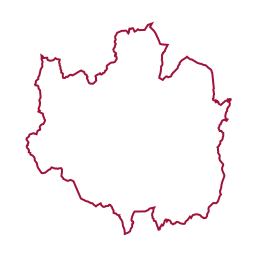 Tu Mo Rong, Kon Tum, Vietnam (Equal Earth projection), rotated 184°
{"feature_id": "81297802B16541954250717", "entity_name": "Tu Mo Rong", "entity_type": "district", "adm_level": 2, "iso_a3": "VNM", "parent_name": "Vietnam", "parent_adm1": "Kon Tum", "projection": "equal_earth", "projection_center": [107.945, 14.888], "detail": "fine", "context": "isolated", "style": "outline", "palette": "rose", "viewbox_px": 256, "rotation_deg": 184, "n_neighbors": 0, "source": "geoboundaries", "source_scale": "gbopen_adm2", "svg_char_len": 5778}
<svg xmlns="http://www.w3.org/2000/svg" viewBox="0 0 256 256"><g transform="rotate(184 128 128)"><path d="M30.6,68.2L31.6,69.7L31.5,70.5L31.9,71.6L31.3,73.0L30.8,75.6L30.8,77.5L30.1,81.3L28.6,86.3L28.5,87.2L29.1,88.7L31.0,92.4L31.3,93.5L31.3,95.0L30.4,97.8L30.6,98.7L31.5,99.4L34.1,102.2L34.5,103.6L34.9,104.2L34.5,105.2L34.7,107.3L35.6,108.3L36.4,109.6L36.3,111.1L36.8,112.4L36.7,113.6L37.4,115.0L36.0,116.4L36.0,117.1L34.9,118.6L34.9,121.3L33.6,122.2L33.2,122.9L32.8,124.2L32.8,125.5L32.4,126.6L32.6,129.7L33.6,130.3L34.7,131.6L36.3,131.4L37.7,134.2L37.5,134.9L37.1,135.5L36.7,137.6L35.7,138.3L35.7,139.4L35.2,139.8L34.8,141.3L34.3,142.1L32.5,142.9L30.2,142.1L29.4,143.5L30.9,143.8L31.3,144.7L31.8,146.8L31.3,150.4L30.3,151.9L30.4,154.0L29.9,154.8L29.8,155.4L28.3,157.3L28.1,159.3L28.9,161.5L27.5,163.3L27.7,164.0L28.3,164.0L29.1,163.5L30.3,163.7L30.4,163.1L30.0,161.7L30.2,161.3L30.4,161.4L31.1,162.5L32.8,161.8L37.0,157.5L38.9,158.3L39.4,159.0L39.6,160.1L39.9,160.3L40.4,160.1L40.8,161.2L41.3,161.2L41.9,160.0L42.2,159.8L42.4,160.0L42.6,161.6L43.1,161.2L45.0,161.9L45.3,163.1L44.7,163.9L44.9,165.6L44.5,167.7L45.6,172.4L45.1,173.3L47.8,188.8L48.4,189.9L48.9,191.4L49.4,192.1L51.8,193.5L54.7,195.9L57.9,196.4L59.2,197.1L60.4,197.1L63.3,197.8L69.1,200.8L70.9,200.9L74.2,203.2L75.0,202.2L79.1,199.2L81.1,196.5L81.1,196.1L80.9,195.5L82.1,193.7L82.7,191.1L86.5,186.6L86.9,186.4L87.4,185.2L87.8,185.0L88.2,184.5L88.3,183.1L88.9,182.4L91.5,181.4L92.6,182.1L93.5,182.1L95.2,180.4L96.7,178.4L100.3,180.2L100.2,181.9L99.4,185.3L99.1,189.6L99.3,191.7L98.6,192.5L98.1,193.8L98.2,195.4L98.7,197.6L99.1,198.4L98.8,199.8L99.1,201.4L99.1,203.7L98.4,204.5L98.4,205.4L97.7,205.7L97.4,206.6L96.5,207.4L96.3,208.8L94.2,213.7L100.4,213.8L102.0,214.3L103.1,217.1L107.1,224.4L108.8,226.6L113.1,230.4L111.4,233.9L115.4,232.2L118.2,227.0L123.6,226.4L125.0,227.2L126.3,225.8L128.0,224.6L128.3,224.7L129.8,227.7L130.6,227.9L131.6,227.5L132.2,226.8L133.4,227.2L133.8,225.9L133.7,224.3L133.8,223.3L134.3,222.4L136.2,224.7L137.0,225.0L141.2,224.4L145.3,222.3L145.7,221.7L146.2,220.1L146.8,219.4L147.2,218.1L147.1,217.1L146.4,215.2L147.2,213.9L147.2,213.0L147.0,212.2L146.1,211.2L146.1,210.7L146.8,209.2L146.8,207.7L147.6,206.6L148.1,205.4L147.5,203.6L146.3,202.4L145.1,201.7L145.1,200.8L146.0,200.1L146.1,199.0L145.8,198.7L144.9,198.8L144.7,198.5L144.1,196.8L144.2,195.7L144.9,194.8L145.4,193.3L147.1,192.3L148.3,192.3L150.0,191.7L153.4,188.7L153.6,187.6L153.0,185.8L153.9,184.0L154.8,183.6L155.0,182.4L155.7,181.4L156.8,181.1L157.1,180.3L158.2,179.5L158.8,179.6L159.7,180.6L160.4,179.8L161.9,179.2L163.9,177.9L164.1,177.1L163.4,176.0L163.3,174.0L163.0,173.0L165.4,170.2L166.2,169.7L169.0,169.7L170.1,170.3L171.8,173.8L172.4,174.5L172.5,175.1L171.9,176.1L172.6,176.7L172.9,178.0L173.3,178.3L174.3,178.4L175.3,179.7L175.4,180.5L176.2,181.2L176.7,181.1L178.7,182.1L180.2,181.3L185.2,177.7L186.2,177.3L186.7,176.7L187.3,176.6L188.5,177.1L189.3,177.0L190.1,176.6L191.8,174.8L193.2,174.8L194.3,173.5L196.2,173.5L196.6,174.3L196.8,177.8L198.5,178.7L198.6,180.7L199.5,182.2L199.6,184.2L200.6,185.8L200.6,187.2L201.3,188.3L200.9,191.5L203.9,191.8L205.3,192.6L206.9,190.7L207.4,190.4L209.9,189.7L211.8,189.9L213.0,190.4L213.4,192.2L213.6,192.5L217.3,191.9L217.9,193.4L219.4,194.3L219.0,192.3L219.1,190.8L217.8,188.2L218.1,185.7L217.7,183.3L219.2,180.4L220.1,174.3L221.1,172.2L220.9,170.6L222.9,168.8L223.2,168.1L223.1,166.3L223.8,165.0L223.3,164.1L221.5,164.1L220.7,163.7L220.3,163.0L219.9,161.1L218.4,159.5L217.3,152.5L218.4,149.4L218.1,148.4L217.6,147.9L217.5,145.9L217.7,143.8L218.4,141.8L218.5,140.6L218.3,140.1L217.3,139.2L218.2,138.6L218.5,138.1L213.9,136.3L213.3,133.7L212.5,132.5L212.0,130.9L211.3,130.2L211.3,129.8L211.7,128.3L212.7,126.1L213.8,125.8L215.0,124.9L215.9,123.6L216.1,122.6L215.5,120.7L215.6,120.2L215.9,119.8L217.1,119.6L218.0,118.7L218.5,117.1L218.8,115.4L221.9,116.2L225.6,114.7L226.0,114.1L226.2,112.7L226.7,112.0L228.3,110.9L228.5,109.6L226.3,106.7L226.3,106.2L226.9,105.2L226.7,104.0L227.6,103.5L227.8,102.4L227.0,100.9L226.2,100.3L225.7,99.3L225.2,99.0L225.3,96.9L223.7,96.3L223.7,95.5L223.3,94.6L221.4,94.0L219.7,92.5L218.9,91.0L218.9,89.7L218.5,88.8L217.0,87.3L216.4,86.3L215.7,83.6L215.1,82.2L211.1,77.1L209.8,77.0L207.4,77.7L204.0,80.9L202.7,81.4L201.6,83.3L200.4,83.2L198.0,82.4L196.6,82.7L195.2,82.3L193.9,83.0L191.7,83.2L190.9,81.8L191.0,81.1L190.8,80.2L191.1,75.4L189.4,73.7L188.8,72.6L187.6,72.3L185.6,71.3L184.2,71.1L181.6,72.2L178.7,71.1L170.1,54.4L164.6,52.1L162.7,51.8L159.9,50.5L158.1,50.4L157.1,49.3L154.5,47.6L153.6,48.6L150.0,50.9L149.1,49.0L147.2,47.6L145.6,47.8L144.8,48.5L142.5,48.8L141.7,49.8L141.1,50.2L140.2,50.0L139.9,49.2L138.5,48.1L138.1,46.8L136.6,44.6L136.5,42.3L135.2,41.9L134.3,42.0L133.4,41.1L131.8,40.4L130.6,40.4L130.9,39.6L130.7,39.1L129.9,38.8L129.5,37.4L128.0,35.7L127.1,34.2L126.0,29.4L125.2,28.2L124.3,25.8L123.8,22.1L120.5,23.7L118.8,25.1L118.1,28.0L117.0,29.5L117.0,30.8L117.2,32.4L116.3,33.0L116.1,34.0L116.5,35.1L117.5,35.2L118.2,36.5L117.6,40.3L117.2,41.2L117.0,42.4L115.6,45.1L104.9,46.0L103.6,46.9L102.7,47.1L100.7,49.2L96.3,50.5L97.0,49.0L97.0,46.0L97.9,44.4L97.8,42.4L97.3,41.4L97.3,40.1L96.2,39.3L95.7,37.3L93.9,36.9L90.4,28.7L89.2,29.2L89.2,29.9L89.6,30.8L88.7,31.4L87.7,33.8L86.7,33.1L86.1,33.4L85.7,35.2L85.0,36.7L85.0,38.0L83.7,39.4L83.2,39.1L82.6,37.6L81.6,39.2L79.8,38.5L79.0,37.8L78.2,36.0L76.2,35.1L75.4,36.0L74.2,36.1L73.4,37.4L72.8,37.7L70.9,37.5L69.7,36.8L68.7,36.5L66.5,36.2L64.9,36.4L64.6,36.7L64.2,38.1L63.6,39.1L62.1,40.4L60.0,43.9L58.8,42.7L58.3,43.9L57.0,45.8L54.3,46.6L52.2,46.7L50.2,46.2L49.4,45.7L48.4,44.5L46.8,43.9L46.3,43.3L44.0,43.8L43.0,45.7L43.0,47.9L42.2,49.1L41.7,50.6L42.1,53.2L41.9,54.5L37.7,59.1L34.7,59.2L34.0,59.8L33.0,61.6L31.8,66.3L30.6,68.2Z" fill="none" stroke="#9f1239" stroke-width="2"/></g></svg>